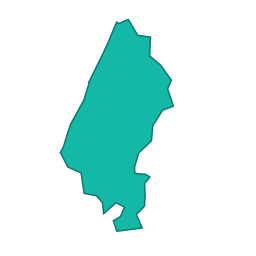 outline of Bagat, Khorezm, Uzbekistan, rotated 116°
{"feature_id": "79887680B39463987044413", "entity_name": "Bagat", "entity_type": "district", "adm_level": 2, "iso_a3": "UZB", "parent_name": "Uzbekistan", "parent_adm1": "Khorezm", "projection": "orthographic", "projection_center": [60.845, 41.311], "detail": "fine", "context": "isolated", "style": "filled", "palette": "teal", "viewbox_px": 256, "rotation_deg": 116, "n_neighbors": 0, "source": "geoboundaries", "source_scale": "gbopen_adm2", "svg_char_len": 698}
<svg xmlns="http://www.w3.org/2000/svg" viewBox="0 0 256 256"><g transform="rotate(116 128 128)"><path d="M211.6,71.4L202.1,82.6L191.1,78.9L181.8,82.7L170.6,88.7L162.4,86.9L161.9,91.8L165.8,101.9L160.5,104.9L145.7,107.5L129.2,101.3L115.2,106.7L96.9,104.7L88.4,96.8L75.4,109.6L66.0,110.0L57.2,126.2L53.8,140.1L36.5,147.6L40.4,159.9L30.3,175.4L38.0,181.9L37.8,184.6L62.0,183.3L77.8,183.1L104.3,183.3L104.3,182.7L122.3,179.9L142.8,180.9L150.1,181.2L157.9,180.2L173.6,177.7L179.9,178.1L179.9,177.7L189.5,164.9L188.9,150.5L206.0,138.8L202.7,126.6L206.4,118.2L215.6,112.3L200.4,106.0L200.7,96.4L210.8,96.0L217.8,100.5L225.7,92.8L211.6,71.4Z" fill="#14b8a6" stroke="#0f766e" stroke-width="1.5"/></g></svg>